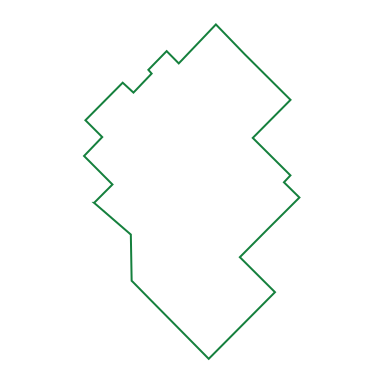 Leandro N. Alem, Buenos Aires, Argentina, rotated 269°
{"feature_id": "61730980B27859754831465", "entity_name": "Leandro N. Alem", "entity_type": "district", "adm_level": 2, "iso_a3": "ARG", "parent_name": "Argentina", "parent_adm1": "Buenos Aires", "projection": "robinson", "projection_center": [-61.594, -34.493], "detail": "fine", "context": "isolated", "style": "outline", "palette": "green", "viewbox_px": 384, "rotation_deg": 269, "n_neighbors": 0, "source": "geoboundaries", "source_scale": "gbopen_adm2", "svg_char_len": 531}
<svg xmlns="http://www.w3.org/2000/svg" viewBox="0 0 384 384"><g transform="rotate(269 192 192)"><path d="M153.9,267.4L184.6,299.3L200.1,284.1L206.9,290.7L245.0,253.7L282.4,292.1L328.7,247.2L359.1,218.8L320.8,181.0L333.3,169.1L314.9,150.5L311.1,153.7L292.4,135.2L302.5,124.6L265.6,86.7L248.5,103.2L229.9,84.7L200.9,112.6L195.0,106.5L192.7,104.1L182.9,94.0L182.9,93.9L150.5,130.1L104.3,130.1L103.7,130.7L103.0,131.4L85.1,148.4L24.9,205.8L90.4,273.2L126.0,238.7L153.9,267.4Z" fill="none" stroke="#15803d" stroke-width="2"/></g></svg>